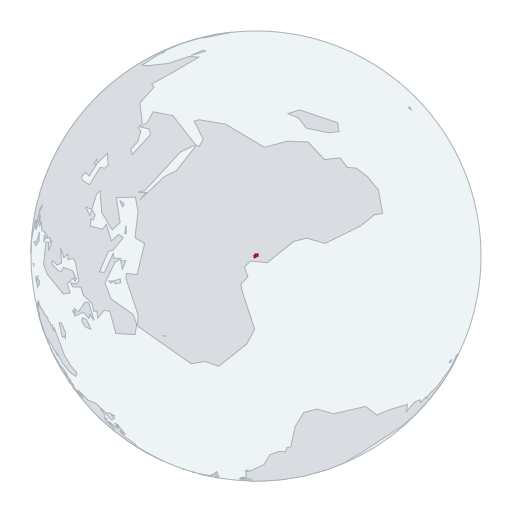 Wele-Nzás highlighted on a globe, orthographic projection, rotated 262°
{"feature_id": "GNQ-1471", "entity_name": "Wele-Nzás", "entity_type": "Province", "adm_level": 1, "iso_a3": "GNQ", "parent_name": "Equatorial Guinea", "parent_adm1": "", "projection": "orthographic", "projection_center": [10.876, 1.497], "detail": "fine", "context": "on_globe", "style": "filled", "palette": "rose", "viewbox_px": 512, "rotation_deg": 262, "n_neighbors": 0, "source": "natural_earth", "source_scale": "10m", "svg_char_len": 7697}
<svg xmlns="http://www.w3.org/2000/svg" viewBox="0 0 512 512"><g transform="rotate(262 256 256)"><circle cx="256" cy="256" r="225" fill="#eef3f6" stroke="#a8b0b8"/><path d="M176.3,45.3L174.1,46.2L168.4,48.4L168.0,48.6L176.3,45.3ZM118.4,77.7L114.9,80.4L119.1,77.2L125.7,72.2L131.9,68.3L139.3,63.4L142.9,61.4L151.4,56.6L152.2,56.6L148.5,59.4L141.5,63.6L139.7,65.2L148.1,61.0L136.8,69.5L132.3,76.9L129.2,79.6L119.8,84.1L115.4,83.7L103.4,92.3L113.3,86.4L105.2,94.4L104.8,95.8L106.5,95.6L110.4,92.6L108.1,95.6L97.4,101.9L99.3,99.2L102.7,97.0L100.6,97.2L93.3,102.8L89.8,107.1L82.5,113.0L79.9,116.4L76.9,120.0L81.5,114.0L73.0,125.3L65.9,135.2L77.1,119.1L89.6,104.1L103.4,90.3L118.4,77.7ZM33.8,218.6L33.5,222.4L35.5,213.1L37.8,208.2L35.4,221.2L38.6,209.5L38.5,215.8L44.6,215.8L43.5,218.8L48.2,234.8L57.3,242.2L59.3,252.0L57.9,257.9L61.9,259.9L62.0,263.9L81.5,271.0L94.4,281.5L95.9,295.3L89.0,310.6L91.7,343.5L81.7,353.6L85.2,366.7L88.0,385.3L81.1,383.4L89.4,393.0L90.7,398.4L88.0,398.5L92.9,405.1L91.2,405.0L96.2,409.5L101.6,417.6L109.6,424.6L115.6,431.0L120.9,435.0L120.2,434.8L121.5,436.1L124.4,438.3L118.5,434.4L107.5,425.4L102.8,420.9L101.6,420.0L90.6,408.3L92.4,410.6L77.3,392.5L67.5,377.4L46.6,333.0L42.9,324.0L38.4,313.3L34.2,295.5L31.4,273.4L30.8,251.1L31.4,241.1L33.1,223.5L33.4,221.4L33.8,218.6ZM48.3,168.9L45.5,178.4L44.2,179.6L45.0,177.6L46.5,173.1L47.1,171.8L48.3,168.9ZM54.6,155.4L54.9,154.5L55.0,154.4L54.6,155.4ZM150.3,57.1L150.8,56.9L149.0,57.8L150.3,57.1ZM153.5,55.4L153.2,55.6L153.5,55.4ZM159.3,52.5L156.3,54.0L155.6,54.3L159.3,52.5ZM189.6,40.9L189.4,40.8L192.8,39.8L189.6,40.9ZM200.6,37.6L200.4,37.7L197.4,38.5L197.9,38.3L200.6,37.6ZM217.1,34.1L214.6,34.6L213.8,34.7L217.1,34.1ZM131.1,442.5L120.3,435.7L125.1,438.8L121.6,435.6L129.7,440.6L131.1,442.5ZM123.6,434.2L123.6,432.6L125.5,433.7L126.0,435.2L123.6,434.2ZM475.8,206.7L475.1,203.9L478.3,220.0L479.4,226.9L480.7,240.5L479.8,230.7L479.0,225.7L476.7,211.5L471.1,190.8L471.0,194.4L468.6,186.2L460.9,169.7L459.5,174.8L458.9,196.3L462.9,217.6L460.9,227.1L448.4,196.6L440.8,176.6L437.5,178.5L423.7,162.3L403.2,161.8L399.3,156.9L395.7,159.4L385.7,154.7L379.2,146.8L373.7,147.5L390.8,168.4L396.6,167.9L399.9,159.6L403.7,167.3L413.1,174.1L406.5,193.3L374.5,211.6L369.6,195.8L336.1,154.8L336.1,150.3L335.9,149.8L335.4,148.9L334.1,156.3L327.8,148.7L347.5,176.5L351.6,189.1L374.0,212.5L372.4,215.1L379.0,220.0L398.3,213.5L398.8,218.8L390.8,244.1L362.5,279.5L365.3,303.1L361.6,323.4L341.9,337.3L341.5,352.9L331.0,358.7L329.0,367.6L319.3,377.2L304.1,386.5L280.3,387.2L280.5,379.2L271.2,363.8L258.9,326.3L266.6,308.7L265.2,295.3L247.8,266.2L251.8,249.8L246.7,243.1L236.5,245.1L230.5,237.2L224.1,237.2L183.4,244.5L170.1,234.5L152.0,203.7L158.7,191.0L158.3,176.9L203.1,129.0L214.4,131.0L251.7,124.1L256.7,125.5L254.2,135.7L283.8,147.5L291.0,138.7L315.9,145.3L331.2,144.8L333.2,125.8L308.1,126.1L301.9,117.2L320.4,109.3L342.0,110.5L340.3,107.2L325.0,99.8L328.3,94.1L319.5,97.0L324.3,100.2L318.9,102.4L314.2,99.7L315.6,97.6L308.6,96.2L303.9,107.8L308.3,112.3L291.0,114.9L296.6,123.0L292.5,127.0L281.5,114.9L281.3,110.5L262.2,98.8L260.8,103.5L278.8,115.2L273.9,114.4L272.2,122.0L269.6,115.6L250.4,102.7L233.7,106.5L215.3,126.1L205.0,128.4L195.0,125.3L198.9,106.4L221.6,103.6L223.3,98.0L216.3,90.6L223.8,90.8L223.7,87.8L232.1,86.9L241.5,79.4L249.6,78.4L251.0,70.1L255.4,68.7L253.3,73.8L256.1,77.2L276.0,76.2L279.2,74.4L278.5,69.4L284.1,70.2L280.9,65.5L291.2,63.7L276.0,62.4L274.8,57.6L279.8,54.1L276.6,52.6L268.5,58.5L267.7,61.2L271.5,63.7L267.0,72.3L260.6,74.1L255.0,65.0L245.3,66.9L245.1,60.0L267.2,46.6L277.6,44.6L299.4,50.0L298.3,52.4L289.9,51.4L299.7,56.2L298.0,53.9L302.6,54.9L302.6,51.5L305.9,52.2L300.3,48.2L304.3,48.6L307.8,51.1L311.3,47.5L319.0,48.2L318.2,47.2L315.2,45.9L327.0,48.2L325.9,47.4L321.6,46.3L316.6,44.1L312.4,41.5L316.7,42.4L318.8,43.5L329.7,47.6L334.7,50.9L336.0,51.1L332.7,48.5L319.4,43.4L315.7,41.6L322.2,43.7L319.5,42.7L319.0,42.2L322.6,42.7L315.5,40.5L303.9,35.9L305.6,36.2L320.9,40.3L336.0,45.4L350.6,51.6L364.8,58.7L378.4,66.9L391.4,76.0L403.8,86.0L415.4,96.8L426.2,108.4L436.2,120.8L445.3,133.8L453.4,147.5L460.6,161.6L466.7,176.3L471.8,191.3L475.8,206.7ZM190.0,152.2L189.3,156.3L190.0,152.2ZM366.7,122.3L378.5,123.3L370.1,111.9L373.9,111.6L369.6,108.2L369.4,111.2L358.5,102.0L362.4,99.1L359.4,94.7L355.3,94.2L349.8,101.2L365.4,113.9L364.0,118.5L366.7,122.3ZM44.9,215.7L45.3,218.3L44.1,218.3L44.9,215.7ZM42.3,184.8L42.4,185.1L41.9,187.1L41.5,187.7L42.3,184.8ZM47.1,185.6L48.0,186.9L46.3,187.8L47.1,185.6ZM45.3,179.9L46.3,185.2L43.2,188.7L42.9,185.6L44.1,184.6L45.3,179.9ZM51.1,162.4L50.8,163.3L49.8,165.6L51.1,162.4ZM54.7,155.4L54.5,155.6L55.4,153.7L54.7,155.4ZM105.9,94.0L106.7,93.6L107.6,94.0L105.7,95.2L105.9,94.0ZM121.1,89.0L117.1,94.0L118.6,91.0L115.0,93.2L113.8,90.2L127.5,80.9L121.5,85.4L121.1,89.0ZM116.0,84.6L115.2,86.9L115.5,84.8L116.0,84.6ZM215.2,74.4L218.8,75.8L216.7,79.2L206.4,82.4L209.4,77.3L215.2,74.4ZM224.4,77.2L221.6,68.4L227.9,66.7L224.8,69.0L229.2,68.7L225.5,72.6L234.2,80.3L232.9,83.9L214.6,86.7L221.3,83.5L217.4,82.0L224.4,77.2ZM203.5,55.0L202.4,52.9L217.4,51.7L216.7,53.9L206.4,56.8L201.2,55.8L203.5,55.0ZM169.8,48.2L168.4,48.6L170.2,47.9L172.8,46.9L169.8,48.2ZM191.0,40.3L193.1,39.7L186.6,41.7L189.2,41.0L177.7,45.9L175.6,46.5L171.5,49.6L164.1,52.6L167.0,50.3L158.3,55.3L158.0,54.5L152.7,57.9L159.9,52.6L159.3,52.6L162.8,51.4L169.6,48.5L172.3,47.3L179.6,44.2L180.4,43.8L191.0,40.3ZM241.0,33.2L235.2,33.5L242.6,34.2L236.2,35.0L237.5,35.0L233.6,36.1L231.1,37.7L228.0,38.0L228.4,38.6L225.8,39.6L225.3,40.6L219.4,41.7L218.3,43.1L216.1,42.9L215.8,45.1L213.4,44.0L209.9,45.7L214.0,45.9L183.6,52.7L172.7,57.5L164.8,62.5L161.8,60.8L167.2,55.4L176.9,49.4L187.9,45.4L184.5,45.8L188.8,44.1L189.7,44.5L190.9,43.0L194.6,41.8L203.2,38.5L202.7,37.7L205.8,36.7L207.9,36.5L209.6,35.8L215.7,34.9L218.1,34.3L226.5,33.2L229.1,33.7L231.6,33.1L238.1,32.6L241.0,33.2ZM225.5,32.8L229.6,32.4L228.4,32.9L214.3,34.7L211.3,35.4L202.2,37.3L203.2,37.0L208.2,35.9L207.6,36.0L209.0,35.7L212.7,34.9L214.6,34.6L218.2,33.9L218.7,33.9L223.7,33.0L225.5,32.8ZM261.2,121.6L264.9,121.9L270.3,121.2L269.3,126.4L261.2,121.6ZM247.9,112.8L251.1,112.1L252.3,118.3L248.5,118.3L247.9,112.8ZM251.7,106.7L251.1,111.5L249.2,108.9L251.7,106.7ZM256.1,73.1L259.3,72.3L260.0,73.5L258.8,75.4L256.1,73.1ZM261.6,38.1L258.5,37.5L259.2,37.2L255.7,35.5L260.1,35.2L264.0,36.1L261.6,38.1ZM329.6,129.1L325.8,132.7L323.2,131.0L325.0,130.0L329.6,129.1ZM296.6,129.2L304.7,131.5L296.2,130.6L296.6,129.2ZM265.9,37.4L263.9,36.7L267.3,37.0L265.9,37.4ZM263.2,34.9L267.1,35.2L260.3,35.0L263.2,34.9ZM382.4,427.1L381.4,429.7L379.2,430.0L382.4,427.1ZM394.6,319.5L376.7,355.3L367.7,355.6L367.8,345.2L375.6,323.6L386.7,317.3L392.6,307.5L394.6,319.5ZM481.1,263.9L479.2,235.1L479.9,235.8L481.1,246.3L481.1,263.9ZM463.6,219.6L467.3,232.5L465.8,234.6L463.6,219.6ZM301.1,38.0L301.0,40.3L303.9,42.6L310.1,44.8L301.2,43.2L296.8,39.5L301.1,38.0ZM303.1,35.8L297.6,34.7L300.0,35.1L301.5,35.4L303.1,35.8ZM299.9,35.2L293.3,34.2L290.1,33.5L296.0,34.4L299.9,35.2ZM279.7,34.5L279.4,35.0L276.6,34.6L279.7,34.5Z" fill="#d9dde1" stroke="#a8b0b8" stroke-width="1"/><path d="M257.8,255.1L257.8,255.9L257.8,256.9L257.8,258.0L256.6,258.0L256.3,258.0L256.4,257.9L256.4,257.7L256.2,257.4L256.1,257.2L255.9,257.2L255.6,256.8L255.6,256.7L255.7,256.4L255.9,256.2L256.0,256.1L256.2,255.9L256.3,255.8L256.4,255.7L256.1,255.7L255.9,255.6L255.7,255.6L255.4,255.7L255.2,255.8L255.1,255.7L254.9,255.7L254.9,255.4L254.8,255.2L254.9,254.9L255.0,254.8L255.0,254.7L254.7,254.5L254.6,254.4L255.0,254.1L255.3,254.1L255.8,254.3L256.0,254.3L256.1,254.2L256.3,254.1L256.4,255.0L256.5,255.0L256.8,255.1L257.1,255.1L257.4,255.0L257.8,255.1L257.8,255.1Z" fill="#f43f5e" stroke="#9f1239" stroke-width="1.5"/></g></svg>